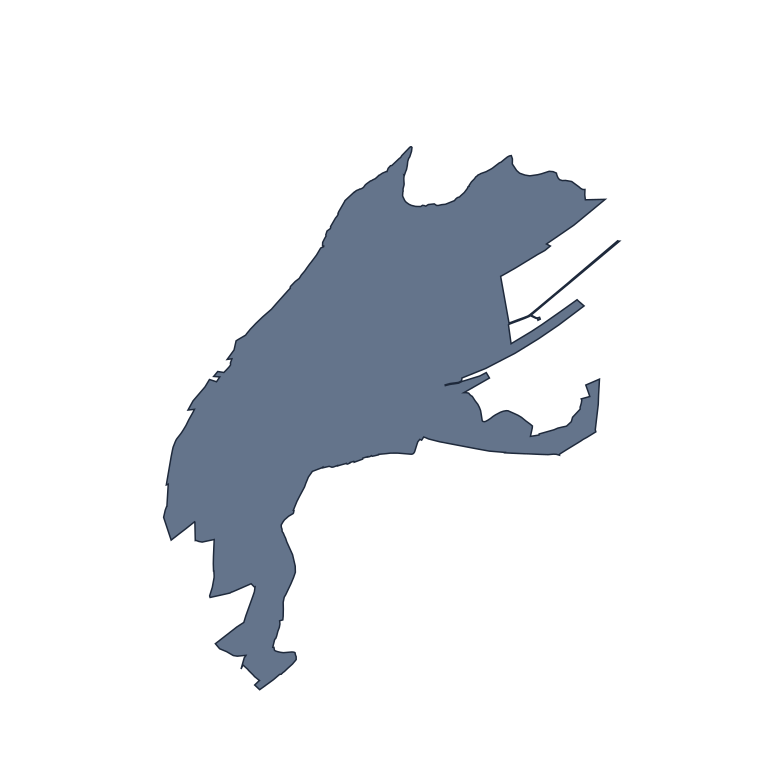 Koknese, Kokneses, Latvia (Robinson projection), rotated 145°
{"feature_id": "27541924B15582250394198", "entity_name": "Koknese", "entity_type": "district", "adm_level": 2, "iso_a3": "LVA", "parent_name": "Latvia", "parent_adm1": "Kokneses", "projection": "robinson", "projection_center": [25.431, 56.651], "detail": "fine", "context": "isolated", "style": "filled", "palette": "slate", "viewbox_px": 768, "rotation_deg": 145, "n_neighbors": 0, "source": "geoboundaries", "source_scale": "gbopen_adm2", "svg_char_len": 6158}
<svg xmlns="http://www.w3.org/2000/svg" viewBox="0 0 768 768"><g transform="rotate(145 384 384)"><path d="M606.0,291.8L609.3,288.2L613.4,285.2L630.1,273.4L635.6,269.1L643.8,269.4L671.1,268.0L670.5,261.4L666.5,255.1L663.2,248.0L660.3,245.2L652.7,240.9L653.3,240.6L655.5,239.9L664.6,232.5L660.7,234.7L659.2,228.1L659.3,227.5L658.0,220.2L657.9,218.7L656.1,212.5L657.0,212.5L662.6,211.6L661.2,204.9L644.3,205.2L636.0,206.0L634.7,205.2L632.3,205.6L630.5,205.6L626.0,206.3L619.6,207.1L614.0,208.6L612.3,211.1L612.0,212.6L611.0,215.0L611.6,216.0L613.1,217.3L620.5,221.6L622.8,223.7L624.5,225.6L626.1,227.7L626.4,228.9L625.2,231.4L626.2,232.1L620.0,237.5L618.7,237.6L616.5,239.1L612.9,242.2L609.4,244.6L606.9,247.1L605.3,249.9L602.2,248.8L599.7,251.7L597.6,254.6L595.6,257.3L591.8,263.0L588.0,266.6L585.3,267.8L574.9,273.7L569.0,277.4L564.6,280.6L561.2,285.7L556.8,296.6L554.2,310.4L553.1,314.0L552.6,317.0L552.0,319.6L552.0,321.6L550.8,323.6L550.2,325.7L549.0,327.5L546.2,328.8L543.5,329.8L538.0,330.4L532.8,330.0L532.1,330.3L530.3,332.0L530.8,332.5L522.6,337.8L517.5,340.5L508.2,345.2L505.0,347.5L502.0,349.4L499.4,351.1L492.8,353.5L483.2,351.1L481.9,351.0L482.4,350.5L476.1,348.0L474.4,345.7L473.0,345.0L468.8,343.9L469.1,343.5L466.8,342.8L460.5,340.6L460.7,340.3L459.8,339.3L457.1,338.8L456.9,339.2L452.9,337.9L452.6,338.1L453.3,337.0L444.6,334.7L443.8,335.4L439.2,333.9L439.5,333.6L437.2,332.6L436.7,332.6L435.3,332.5L435.2,331.6L432.9,330.6L429.1,329.1L428.8,329.5L421.8,325.5L418.4,323.7L412.5,319.6L401.9,310.8L400.8,310.3L399.6,310.2L397.8,310.9L391.7,315.6L389.4,317.3L386.4,318.1L385.4,316.4L381.9,317.8L380.7,316.2L379.0,313.4L371.6,304.8L346.0,278.5L336.2,268.6L324.3,258.7L324.0,258.5L324.5,258.3L318.2,253.4L307.9,245.5L306.5,244.5L297.0,237.2L290.1,232.0L285.4,229.3L283.2,227.6L281.1,225.0L280.8,225.7L279.3,225.8L271.4,225.4L255.2,224.4L252.7,224.4L248.4,223.9L237.9,223.3L237.2,225.3L220.1,244.5L214.6,251.8L204.7,264.4L219.3,267.4L221.6,259.1L222.6,255.7L231.0,258.7L231.3,257.3L233.3,255.2L235.0,253.8L236.6,252.6L237.7,250.9L246.2,249.1L248.6,248.6L252.2,245.7L257.9,244.9L258.7,244.8L262.7,246.5L267.0,248.2L271.0,249.0L285.6,254.1L286.3,253.3L294.1,257.1L287.7,263.0L286.5,264.5L287.2,267.1L289.0,272.4L290.5,277.8L292.2,281.6L294.3,285.2L296.9,289.5L297.8,291.0L299.3,292.1L301.9,293.3L304.8,294.1L310.4,294.8L313.4,294.9L316.5,294.7L319.9,294.8L322.3,295.1L323.5,295.6L324.5,296.7L324.6,297.6L321.6,303.7L320.1,306.9L319.3,310.1L318.8,313.5L319.0,318.0L318.8,323.3L319.2,323.9L319.8,326.1L319.9,328.0L321.9,330.0L323.5,331.1L294.2,328.4L293.7,334.7L301.2,335.7L318.9,341.4L322.5,341.9L330.4,345.9L334.7,347.5L334.4,348.2L329.8,346.6L322.1,342.6L318.6,342.1L316.7,344.2L291.7,338.4L258.7,334.0L231.4,332.4L206.9,332.1L175.3,333.2L177.1,340.2L177.5,342.3L186.8,342.2L200.2,342.1L220.4,342.1L227.5,342.3L233.6,342.5L245.1,343.3L256.8,344.1L248.1,361.1L247.0,361.1L241.8,359.8L237.3,358.6L236.9,358.4L236.4,358.4L231.3,357.1L226.3,356.0L225.7,356.1L225.4,356.0L224.9,355.7L224.6,355.4L222.1,351.0L220.7,349.3L221.3,347.9L218.8,347.5L218.3,349.4L220.5,350.2L221.3,350.9L223.5,355.2L223.2,356.1L192.4,358.8L171.6,360.5L109.1,365.9L109.9,366.5L110.4,367.3L170.3,361.8L173.7,361.4L215.8,357.8L224.8,357.1L227.2,357.2L231.4,358.2L236.5,359.6L244.7,361.7L246.6,362.3L226.7,405.3L224.5,405.0L209.6,403.6L184.1,402.0L175.6,401.1L168.6,401.6L170.6,405.5L137.4,405.2L96.9,408.4L113.4,419.4L111.1,423.7L107.8,428.1L109.6,429.3L110.7,431.5L111.2,433.6L114.1,442.2L118.5,446.6L121.3,448.4L123.0,450.7L123.2,453.2L122.6,455.9L121.8,457.9L123.7,461.0L126.7,463.5L134.5,465.9L138.1,467.3L145.2,470.9L148.7,474.3L152.0,478.9L152.9,482.8L152.7,490.6L149.7,494.7L148.7,498.1L150.5,498.9L152.8,499.2L156.1,499.0L160.9,498.6L162.8,499.0L171.6,498.6L174.1,498.8L176.2,499.1L178.4,499.3L184.2,500.9L185.3,500.9L187.0,501.3L188.7,501.0L190.1,501.0L192.2,500.2L196.5,499.4L200.5,497.8L200.7,497.2L202.0,497.4L203.5,496.4L208.4,494.8L213.4,494.2L214.8,493.9L217.0,494.6L219.2,494.4L221.1,493.8L230.6,496.0L233.8,497.8L237.1,499.1L238.5,500.1L239.5,502.7L244.8,505.6L247.8,505.7L248.6,507.0L250.0,508.3L252.1,508.3L256.2,511.3L259.1,514.6L260.5,517.0L261.6,520.2L261.8,522.3L261.0,527.0L260.6,527.8L258.5,530.4L257.8,530.9L256.6,532.8L253.6,535.4L252.8,536.3L251.1,539.1L249.8,541.1L248.2,542.9L247.9,543.7L247.7,543.2L244.1,545.8L242.6,546.7L239.5,549.7L236.9,552.7L234.4,554.6L232.6,555.3L228.0,558.8L225.4,561.7L225.5,562.6L226.3,563.1L227.3,563.1L238.4,560.9L240.5,560.0L242.1,560.0L252.2,558.5L253.5,559.1L256.9,558.3L259.7,556.3L260.1,556.7L264.3,557.6L268.3,557.7L268.5,557.9L270.1,557.6L273.4,557.2L276.2,557.7L277.4,557.7L278.7,558.1L283.6,558.0L285.3,557.8L287.8,556.9L289.5,556.8L291.7,557.3L292.2,557.7L293.4,557.7L294.9,558.2L296.7,558.3L298.2,558.0L298.3,558.3L299.8,558.1L310.8,556.6L311.6,556.1L322.1,551.2L323.9,550.1L323.9,549.5L325.9,548.5L328.7,547.7L337.5,543.6L337.9,542.8L338.9,542.1L342.9,542.0L346.1,539.6L346.7,538.4L349.3,537.2L353.0,535.2L355.0,532.6L354.2,531.6L354.7,531.1L357.9,531.7L365.4,528.3L374.0,525.5L376.4,524.8L380.7,523.3L384.2,522.0L389.2,520.7L391.5,519.7L392.9,519.1L397.8,518.9L404.6,517.6L405.6,516.8L405.8,516.2L409.0,515.6L426.1,511.6L433.3,509.8L444.7,508.6L454.4,507.1L457.7,506.4L461.9,505.6L467.6,504.0L469.3,503.4L478.1,504.1L480.4,504.2L487.3,497.9L498.4,494.1L494.1,491.9L497.9,489.2L498.1,488.5L499.0,487.5L501.2,486.8L504.8,486.0L508.6,485.3L513.0,489.6L519.2,487.9L514.5,484.0L519.9,481.9L524.4,487.8L532.3,484.3L550.1,479.7L559.5,475.1L554.8,472.5L553.8,472.0L556.3,470.6L564.4,466.7L570.0,463.6L575.0,461.4L576.7,460.7L578.8,459.9L584.7,458.1L585.8,457.7L587.0,457.1L588.0,456.5L591.5,454.2L593.0,453.2L595.2,451.2L599.9,446.7L609.7,436.8L620.2,426.2L618.2,425.7L632.1,408.2L632.4,408.3L635.5,406.2L641.0,401.2L647.9,378.2L638.4,378.7L629.3,379.1L618.2,379.8L618.1,379.4L628.4,364.0L627.7,363.7L626.0,361.2L623.6,358.8L612.3,354.0L616.9,348.0L622.5,340.7L626.9,334.7L630.9,328.6L630.6,328.4L633.1,324.4L634.2,322.9L641.3,315.9L647.0,311.5L648.4,310.4L648.9,308.9L639.3,304.9L630.0,301.1L627.9,301.0L627.6,300.7L607.4,296.6L606.6,291.9L606.0,291.8Z" fill="#64748b" stroke="#1e293b" stroke-width="1.5"/></g></svg>